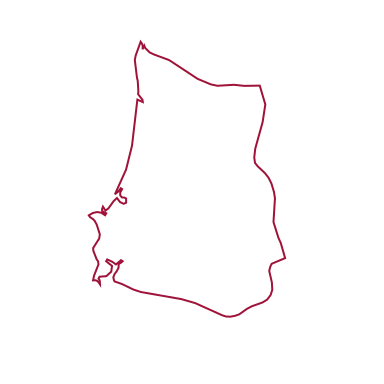 map outline of Quảng Ngãi (Mercator projection), rotated 210°
{"feature_id": "VNM-488", "entity_name": "Quảng Ngãi", "entity_type": "Province", "adm_level": 1, "iso_a3": "VNM", "parent_name": "Vietnam", "parent_adm1": "", "projection": "mercator", "projection_center": [108.762, 15.012], "detail": "fine", "context": "isolated", "style": "outline", "palette": "rose", "viewbox_px": 384, "rotation_deg": 210, "n_neighbors": 0, "source": "natural_earth", "source_scale": "10m", "svg_char_len": 1680}
<svg xmlns="http://www.w3.org/2000/svg" viewBox="0 0 384 384"><g transform="rotate(210 192 192)"><path d="M214.2,75.8L215.5,76.6L217.5,78.8L218.0,82.3L217.6,85.9L217.7,89.5L219.5,93.1L218.5,94.6L218.0,95.6L217.5,97.4L219.5,97.4L220.0,95.7L221.7,91.2L223.7,91.5L226.1,91.7L231.7,91.2L231.7,89.1L224.3,88.0L222.1,82.6L224.1,76.3L229.7,72.4L229.7,70.3L227.9,69.4L227.1,68.5L225.5,66.0L227.7,67.1L229.7,67.6L231.5,67.3L233.5,66.0L235.0,70.6L236.8,82.6L238.7,85.0L241.0,86.1L248.1,91.8L249.6,94.1L249.1,105.3L250.7,109.3L258.2,116.1L261.8,118.3L264.0,119.0L267.9,119.3L269.7,120.2L267.4,124.2L264.3,127.1L260.4,128.7L255.6,128.4L255.6,130.7L258.5,130.4L260.4,130.8L261.3,132.1L261.8,134.8L257.6,132.6L256.2,136.0L255.3,144.9L254.0,149.3L249.3,147.3L245.3,147.6L243.7,149.8L245.8,153.4L247.6,153.4L250.0,152.3L252.4,153.1L253.9,155.6L254.0,159.6L255.6,159.6L255.8,157.1L256.2,155.2L257.6,151.5L260.3,178.4L267.1,202.1L285.5,244.7L279.6,245.3L281.0,247.1L287.5,249.7L288.8,252.4L294.7,261.3L296.6,263.2L307.5,277.7L309.0,282.0L311.6,296.4L309.2,295.3L307.4,293.4L306.2,290.9L306.5,294.9L304.7,293.4L298.6,291.7L293.5,292.1L277.7,294.8L243.7,292.8L229.6,294.6L223.1,296.7L209.3,305.8L199.7,310.1L186.5,318.0L172.3,304.5L165.8,287.9L158.9,261.2L155.4,253.1L152.0,248.7L147.9,247.1L138.2,244.8L132.8,242.6L127.5,239.1L120.9,232.9L117.0,228.0L106.4,206.7L94.2,195.5L89.6,192.2L78.3,181.3L87.1,169.7L86.9,166.7L85.7,162.3L77.6,153.6L73.6,147.5L72.4,142.0L73.1,136.4L75.7,131.6L83.1,122.9L86.1,118.1L89.9,109.7L92.6,106.5L96.3,103.3L100.2,101.2L104.5,100.3L133.6,97.4L147.7,93.9L186.3,79.8L194.2,78.2L206.5,77.3L213.5,76.0L214.2,75.8Z" fill="none" stroke="#9f1239" stroke-width="2"/></g></svg>